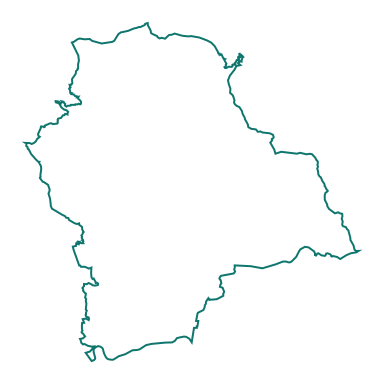 Sapanta, Maramures, Romania, rotated 180°
{"feature_id": "2599482B85746794892801", "entity_name": "Sapanta", "entity_type": "district", "adm_level": 2, "iso_a3": "ROU", "parent_name": "Romania", "parent_adm1": "Maramures", "projection": "natural_earth1", "projection_center": [23.668, 47.916], "detail": "fine", "context": "isolated", "style": "outline", "palette": "teal", "viewbox_px": 384, "rotation_deg": 180, "n_neighbors": 0, "source": "geoboundaries", "source_scale": "gbopen_adm2", "svg_char_len": 5980}
<svg xmlns="http://www.w3.org/2000/svg" viewBox="0 0 384 384"><g transform="rotate(180 192 192)"><path d="M312.1,341.5L305.7,328.5L305.1,323.2L305.9,319.9L305.9,315.7L306.4,315.4L306.3,314.5L308.0,312.8L308.3,310.2L312.0,304.9L311.7,300.7L312.4,299.7L313.1,299.6L313.3,298.7L314.3,299.0L314.0,298.0L314.2,296.6L313.7,296.3L314.9,295.2L314.0,293.9L313.8,291.5L312.5,291.0L313.3,290.5L312.8,289.9L309.9,289.4L309.0,288.0L307.2,287.7L307.3,286.7L305.5,287.2L306.1,286.1L305.9,285.4L304.0,283.7L303.0,282.3L302.9,281.1L303.3,279.9L303.9,279.6L305.2,280.3L306.4,279.6L308.6,279.7L308.8,279.1L313.2,279.1L313.4,278.4L316.5,278.2L317.6,277.4L319.1,278.6L318.8,280.0L319.3,280.3L320.4,282.2L322.0,282.6L321.4,281.8L322.3,282.1L322.9,281.1L324.0,281.3L325.5,282.5L328.4,282.9L328.4,282.2L327.9,281.5L326.3,281.2L324.8,280.2L323.5,280.3L323.4,279.9L323.9,278.9L322.7,276.7L320.2,274.6L317.3,273.6L315.8,272.1L316.6,270.6L316.5,269.5L318.9,270.1L319.7,268.8L320.9,268.8L323.0,266.1L326.0,265.3L326.4,264.1L326.1,263.3L326.4,262.7L326.2,261.2L326.8,260.4L331.4,259.9L332.5,260.7L333.8,260.7L339.0,258.5L339.2,257.2L340.0,256.8L340.6,257.4L342.9,257.6L343.2,257.0L342.9,256.7L345.9,250.1L345.7,248.3L344.2,247.2L346.9,245.0L348.1,242.7L350.0,241.1L352.3,240.0L354.1,240.9L358.6,241.1L357.5,240.4L357.8,238.0L356.4,236.8L356.2,235.1L355.3,234.7L352.9,230.0L348.1,224.5L345.5,222.1L344.8,222.1L345.1,221.6L343.0,217.8L342.8,214.6L343.6,209.1L343.4,207.1L344.1,206.5L344.0,205.8L341.2,202.2L340.1,201.9L336.0,199.2L334.4,194.7L334.5,193.0L335.5,190.5L333.9,185.1L333.1,177.8L332.0,175.3L321.6,169.1L319.0,167.9L317.9,166.3L315.7,166.0L314.9,164.0L309.5,160.8L307.1,160.0L304.9,160.6L304.9,159.3L302.0,157.1L301.8,154.5L300.4,152.1L301.1,151.8L301.2,150.4L302.6,148.5L301.9,147.3L302.3,146.2L301.1,144.1L301.9,143.7L300.7,142.7L301.2,141.8L300.7,140.8L302.7,140.8L304.3,141.5L304.2,142.1L307.2,142.5L304.8,141.0L305.2,139.7L307.8,140.5L308.0,138.1L311.2,137.4L310.3,133.9L304.8,118.5L303.8,118.5L303.0,117.2L299.0,117.2L295.1,115.4L292.6,116.4L292.9,111.0L292.5,106.6L291.4,105.0L290.3,105.5L288.6,102.4L288.3,101.0L287.1,101.3L285.9,100.4L286.2,98.9L288.9,98.4L291.4,98.7L292.2,99.5L295.4,101.0L297.2,99.8L300.0,100.0L300.0,97.9L301.6,96.0L300.8,94.8L300.9,93.3L299.2,91.1L298.2,90.6L298.1,89.9L298.9,86.4L297.8,85.0L298.2,83.3L297.6,80.4L298.2,74.4L297.2,73.4L298.0,71.4L298.0,69.6L298.4,69.1L297.8,67.5L295.3,66.5L295.0,65.2L295.3,63.9L298.0,65.4L301.3,64.9L299.9,61.2L301.9,61.1L302.1,57.6L302.0,54.8L301.5,53.4L302.3,52.4L302.3,51.3L301.1,50.5L298.9,47.6L301.1,45.6L304.0,45.1L303.4,44.0L302.7,41.2L301.0,39.6L299.5,40.0L296.1,38.2L292.3,37.4L288.2,37.7L291.4,35.9L291.7,35.0L294.2,32.4L298.3,31.2L292.4,23.0L290.0,23.9L288.9,25.1L288.8,26.1L290.3,31.9L290.5,34.7L288.1,36.9L285.9,37.9L283.5,37.3L281.8,36.1L281.2,35.2L279.9,30.5L278.1,26.8L276.6,25.2L274.9,24.6L271.8,24.2L270.4,24.5L265.2,27.8L258.7,29.8L251.6,33.7L246.9,34.0L244.3,34.7L237.9,38.9L232.5,40.1L218.7,41.4L211.8,41.6L209.2,43.1L207.0,45.9L204.1,46.6L200.1,47.4L197.9,47.2L194.7,45.3L192.3,41.7L190.0,56.1L187.2,56.2L187.3,57.6L186.6,57.6L185.7,63.0L187.9,63.0L186.5,70.4L186.1,71.2L180.6,74.0L179.4,76.7L179.2,78.6L178.2,80.2L177.8,82.7L175.8,85.6L175.6,85.0L175.1,85.3L174.4,84.8L174.5,84.2L167.2,84.8L160.7,88.2L160.8,90.2L159.8,92.2L161.4,96.2L164.1,97.2L163.5,99.6L162.7,100.5L163.3,103.8L164.2,104.6L164.6,105.7L163.4,107.9L162.4,108.3L150.4,110.5L148.9,112.3L149.8,114.7L149.2,116.6L149.3,118.6L133.2,117.8L121.6,115.7L108.2,119.7L101.2,122.4L98.2,122.5L95.2,121.6L93.9,121.7L92.5,122.4L87.8,127.1L85.0,132.6L83.6,134.7L79.0,137.2L75.4,136.6L69.9,132.6L69.1,130.8L69.0,128.9L68.4,128.6L67.8,128.5L66.9,130.3L65.6,130.7L62.7,128.7L59.1,128.1L58.4,128.8L57.8,130.4L56.5,130.7L54.0,129.8L53.1,129.0L52.7,127.7L51.8,127.5L51.0,128.0L46.9,127.0L43.8,125.0L37.6,128.8L33.3,130.7L27.6,131.7L25.4,133.1L27.8,133.0L29.5,134.4L30.5,138.6L33.6,144.1L33.7,146.5L35.7,153.7L37.3,155.2L38.0,156.8L40.9,157.8L41.5,158.5L41.8,159.4L41.3,162.6L42.3,165.1L41.6,167.7L41.8,170.2L44.2,170.7L45.8,171.7L49.1,170.7L54.8,174.9L56.7,177.8L56.8,179.4L59.2,184.2L59.3,188.8L58.5,191.2L56.4,192.7L56.3,193.4L57.8,195.1L58.9,197.6L59.4,198.0L59.5,199.8L61.9,203.5L63.1,206.6L64.5,207.6L65.7,209.7L65.9,212.7L66.8,215.3L66.0,217.3L66.6,219.2L66.2,220.5L66.2,222.5L68.0,224.6L68.5,226.0L72.0,229.8L74.1,230.2L77.5,229.7L83.9,231.2L87.0,230.3L102.8,232.2L108.5,230.3L109.9,234.7L113.7,241.4L111.9,243.6L112.2,245.0L110.9,245.7L110.3,246.8L111.0,249.2L114.2,250.7L121.4,251.5L123.5,252.5L126.2,252.2L128.1,254.6L132.8,255.2L135.7,256.9L136.2,259.7L139.0,264.7L139.3,266.3L141.4,270.2L142.1,273.0L144.6,276.9L147.6,278.3L149.2,279.9L150.0,281.5L149.5,283.6L150.5,286.9L151.4,288.9L153.9,291.1L153.6,295.3L155.2,299.9L156.0,303.7L154.1,308.4L149.6,314.1L147.6,318.0L143.6,318.9L146.0,320.9L144.7,321.8L145.0,322.6L144.7,323.1L142.4,322.4L142.3,324.0L141.6,326.0L141.8,326.7L140.8,327.1L141.7,328.1L142.2,328.2L142.7,329.2L143.1,329.2L142.7,328.5L143.8,328.5L144.3,330.2L144.8,329.9L144.0,326.8L144.6,326.7L145.2,327.3L145.9,326.9L145.8,325.3L145.0,325.5L144.8,325.1L146.2,323.7L147.3,323.9L148.0,322.2L149.3,320.8L148.5,319.6L148.6,319.2L151.1,319.5L151.7,319.0L151.4,318.2L151.7,317.5L152.4,317.1L155.4,317.3L157.9,315.9L158.9,316.0L159.5,316.9L158.6,317.4L157.9,318.8L158.2,319.4L157.6,320.2L159.9,324.5L159.0,325.0L160.7,325.7L162.5,329.6L163.9,329.0L164.1,329.7L164.7,329.7L164.5,330.4L165.7,330.7L166.4,332.7L169.4,338.0L172.7,341.3L176.8,343.5L184.4,346.4L192.7,347.9L195.8,347.6L201.5,348.2L209.3,350.4L212.3,349.3L215.1,348.9L218.9,345.3L222.2,346.2L224.5,345.6L226.5,346.9L226.9,347.9L231.9,350.2L233.0,351.1L233.4,353.6L236.2,358.9L236.3,361.0L238.8,360.2L239.0,359.3L239.6,358.8L243.7,356.9L245.1,357.0L247.6,356.0L250.0,355.6L256.0,353.1L263.2,351.6L265.6,349.9L269.8,343.1L271.9,342.1L282.3,340.5L291.8,343.1L294.3,345.0L299.5,344.7L304.4,345.5L306.7,344.6L310.1,342.2L312.1,341.5Z" fill="none" stroke="#0f766e" stroke-width="2"/></g></svg>